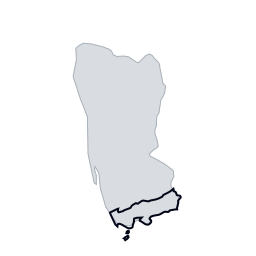 El Salvador, with La Unión highlighted, rotated 60°
{"feature_id": "SLV-1350", "entity_name": "La Unión", "entity_type": "Department", "adm_level": 1, "iso_a3": "SLV", "parent_name": "El Salvador", "parent_adm1": "", "projection": "natural_earth1", "projection_center": [-87.879, 13.537], "detail": "fine", "context": "in_parent", "style": "outline", "palette": "ink", "viewbox_px": 256, "rotation_deg": 60, "n_neighbors": 0, "source": "natural_earth", "source_scale": "10m", "svg_char_len": 2785}
<svg xmlns="http://www.w3.org/2000/svg" viewBox="0 0 256 256"><g transform="rotate(60 128 128)"><path d="M91.3,70.2L93.3,70.7L106.6,75.4L110.5,74.5L115.5,78.3L117.9,81.3L120.0,85.4L130.5,93.7L132.3,97.3L140.1,102.2L143.3,105.9L146.6,107.5L153.2,108.9L158.8,110.9L159.4,112.3L159.9,117.8L161.1,122.5L163.8,122.8L167.0,120.5L177.5,114.3L187.5,110.1L193.1,112.6L196.4,117.8L200.2,120.1L208.1,118.7L215.2,119.2L220.8,123.7L222.1,126.3L218.7,141.5L217.4,148.0L216.8,153.4L218.9,154.9L220.8,157.0L220.4,160.0L214.3,164.8L212.3,166.1L213.8,175.4L209.2,181.1L205.0,185.1L197.6,186.2L185.1,186.7L166.3,182.1L152.4,175.8L145.0,175.8L147.3,177.8L153.2,179.1L161.0,183.6L158.8,184.8L130.5,175.6L97.9,157.5L78.4,154.6L56.0,149.8L42.8,138.4L32.9,133.4L32.1,129.1L32.2,124.3L36.7,117.9L45.1,109.2L50.7,104.7L53.3,103.8L57.0,104.3L60.5,101.8L63.5,95.8L66.7,91.9L74.8,88.0L76.6,86.5L76.0,83.1L74.2,76.6L74.5,72.6L77.2,70.8L80.3,70.4L86.8,68.8L89.6,69.1L91.3,70.2Z" fill="#d9dde1" stroke="#a8b0b8" stroke-width="1"/><path d="M214.0,116.8L214.7,117.4L215.5,119.9L216.1,121.0L216.6,121.3L217.7,121.8L218.2,122.1L219.4,123.3L221.7,125.5L223.1,126.1L222.3,127.5L220.7,131.7L220.3,133.2L220.9,134.8L220.5,135.8L219.7,136.6L219.0,137.8L218.7,139.4L218.8,142.9L218.6,144.6L216.7,149.8L216.2,152.4L217.0,154.5L217.9,154.8L219.5,154.2L220.7,154.7L221.3,155.5L221.7,156.6L221.9,157.9L221.7,159.1L220.3,160.9L214.0,164.1L213.4,163.7L213.0,162.9L212.4,160.9L210.1,165.4L209.5,168.0L211.0,169.1L211.9,169.5L214.6,172.4L216.1,173.6L216.2,174.1L216.2,175.2L215.6,177.2L214.0,178.6L208.1,182.0L206.5,183.5L206.2,185.0L208.0,186.4L205.2,187.2L194.2,186.3L192.2,185.9L192.7,178.6L192.8,177.9L193.0,176.9L193.1,177.0L193.8,177.6L194.5,178.0L195.3,178.4L195.6,178.4L195.8,178.4L196.2,178.3L196.4,178.1L197.4,174.2L197.5,173.7L197.4,173.1L197.3,172.7L198.4,166.0L198.3,165.8L198.3,165.6L198.2,165.4L197.4,164.0L197.3,163.8L197.2,163.5L197.0,161.9L197.0,159.5L197.0,158.9L197.2,158.6L197.3,158.4L197.7,158.2L197.9,158.0L198.1,157.8L198.4,157.4L198.5,157.1L198.5,156.8L198.2,155.4L198.1,152.6L198.3,151.4L198.8,150.6L201.3,147.6L201.9,146.6L202.0,144.9L203.8,139.5L204.3,137.0L204.5,134.9L204.6,133.1L204.5,132.5L204.4,132.3L204.3,132.1L204.2,131.9L203.9,131.3L203.8,131.1L203.7,130.9L203.7,130.6L204.0,124.9L203.9,122.3L203.5,120.8L203.3,119.0L203.7,119.1L204.9,119.9L205.4,120.1L205.8,119.9L206.8,119.0L207.4,118.8L208.2,118.8L209.8,119.2L210.6,119.1L211.3,118.5L212.0,117.6L212.8,116.8L214.0,116.8ZM221.3,183.5L221.2,182.3L221.8,181.8L222.9,182.2L223.6,184.0L223.6,185.4L223.9,186.3L223.2,186.7L222.2,186.3L221.5,186.7L221.5,185.7L221.1,184.7L221.3,183.5ZM218.1,178.9L218.7,179.3L219.3,180.6L218.8,181.4L218.3,182.0L217.2,180.9L217.0,179.5L217.4,178.9L218.1,178.9Z" fill="none" stroke="#020617" stroke-width="2"/></g></svg>